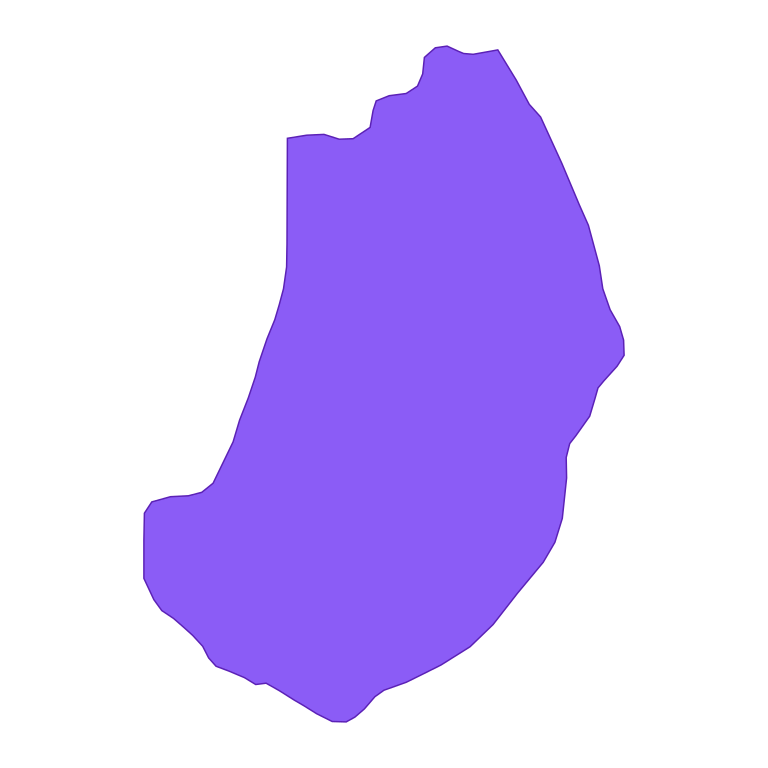 Djouori-Agnili, Haut-Ogooué, Gabon (orthographic projection)
{"feature_id": "22940354B21948278538135", "entity_name": "Djouori-Agnili", "entity_type": "district", "adm_level": 2, "iso_a3": "GAB", "parent_name": "Gabon", "parent_adm1": "Haut-Ogooué", "projection": "orthographic", "projection_center": [13.959, -1.472], "detail": "fine", "context": "isolated", "style": "filled", "palette": "violet", "viewbox_px": 768, "rotation_deg": 0, "n_neighbors": 0, "source": "geoboundaries", "source_scale": "gbopen_adm2", "svg_char_len": 1222}
<svg xmlns="http://www.w3.org/2000/svg" viewBox="0 0 768 768"><path d="M497.8,49.9L490.1,51.3L473.2,54.3L463.6,53.5L458.4,51.3L447.1,46.1L435.3,47.8L424.4,57.4L422.7,73.9L417.5,86.1L406.2,93.5L389.2,95.7L376.2,100.9L373.1,110.5L370.1,127.4L353.1,138.7L339.2,139.2L324.0,134.4L306.6,135.2L287.4,138.3L287.0,244.0L286.6,267.0L283.5,288.8L279.2,304.9L274.8,319.7L267.0,338.8L259.2,361.8L255.3,377.1L248.3,397.9L239.6,420.1L233.1,441.9L213.1,483.2L201.8,492.3L188.3,495.8L170.5,496.7L151.8,501.9L144.4,513.2L143.9,540.2L143.9,578.4L153.9,599.7L161.8,610.6L173.5,618.4L183.5,627.1L192.7,635.4L202.7,646.3L208.7,658.0L216.1,666.3L228.7,671.0L244.4,677.6L255.7,684.5L266.1,683.2L279.2,690.6L294.4,700.2L304.0,705.8L316.6,713.7L332.2,721.5L346.2,721.9L354.9,717.1L364.4,708.9L374.9,696.7L384.0,690.2L406.2,682.3L421.0,675.0L441.0,665.0L470.1,646.7L493.1,624.5L517.5,593.2L543.2,562.3L554.9,542.3L562.3,518.4L566.6,478.0L566.2,457.5L569.7,443.6L575.8,435.8L589.7,416.2L594.9,398.8L598.0,387.9L604.1,380.6L617.1,366.2L624.1,355.3L623.6,340.1L619.7,326.6L610.1,309.7L602.8,288.8L599.3,265.7L588.4,225.3L579.3,204.8L561.9,163.5L540.6,117.0L529.3,104.4L516.2,80.0L497.8,49.9Z" fill="#8b5cf6" stroke="#5b21b6" stroke-width="1.5"/></svg>